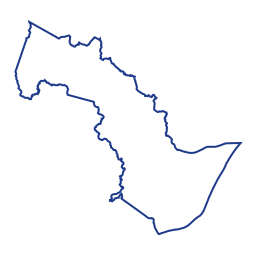 Ponta de Pedras, Pará, Brazil
{"feature_id": "56859067B9412259254898", "entity_name": "Ponta de Pedras", "entity_type": "district", "adm_level": 2, "iso_a3": "BRA", "parent_name": "Brazil", "parent_adm1": "Pará", "projection": "albers", "projection_center": [-49.151, -1.11], "detail": "fine", "context": "isolated", "style": "outline", "palette": "blue", "viewbox_px": 256, "rotation_deg": 0, "n_neighbors": 0, "source": "geoboundaries", "source_scale": "gbopen_adm2", "svg_char_len": 5691}
<svg xmlns="http://www.w3.org/2000/svg" viewBox="0 0 256 256"><path d="M184.3,227.6L187.6,225.8L190.0,223.9L195.4,218.8L197.7,217.1L200.1,215.6L201.9,213.6L203.8,210.4L207.7,200.8L208.8,197.8L213.1,188.3L217.8,179.1L223.6,169.5L225.4,165.9L226.0,164.1L230.0,157.4L233.1,152.6L236.6,147.8L240.6,143.0L227.0,143.3L224.8,143.6L220.5,145.3L217.0,146.4L215.0,146.8L207.6,146.8L205.9,147.3L201.9,149.5L197.0,151.8L194.0,152.8L189.6,152.9L183.5,151.5L178.7,149.8L177.7,150.1L176.6,149.2L175.1,147.3L174.5,145.0L173.7,144.0L172.3,143.5L171.5,142.0L171.7,140.4L172.0,139.6L170.7,137.8L167.9,135.7L166.6,136.0L165.9,135.2L166.2,134.5L166.2,133.8L165.7,133.0L166.7,131.7L166.8,128.4L167.1,127.3L166.2,125.8L166.1,124.5L166.7,124.0L166.9,123.1L165.8,122.3L165.6,121.5L165.0,120.6L165.3,119.4L164.7,118.9L164.6,118.1L165.2,117.6L165.5,116.2L166.3,115.8L166.3,114.7L166.9,113.9L166.3,112.4L165.3,112.4L164.6,111.8L163.5,111.2L162.8,111.4L162.1,111.1L161.5,111.5L160.1,111.6L159.3,111.4L158.0,112.1L156.4,111.3L154.3,109.7L154.1,109.0L154.3,107.6L154.2,106.6L154.5,105.9L154.7,103.2L153.5,100.9L153.9,100.2L154.5,99.8L154.8,98.8L155.8,98.6L156.4,98.0L155.6,97.5L155.4,96.8L154.3,95.8L153.9,94.9L153.2,94.9L152.5,95.3L151.7,97.1L149.5,96.3L149.2,95.6L148.5,95.2L147.8,95.6L147.3,96.3L146.6,96.0L145.0,95.9L145.0,95.0L144.5,94.5L143.8,94.1L143.1,94.0L140.6,92.6L139.9,91.9L139.1,91.6L138.3,91.0L136.6,89.3L136.9,86.5L136.5,85.7L136.1,83.8L135.5,82.2L135.4,81.1L134.7,79.5L134.3,77.8L134.8,76.6L133.2,76.3L132.1,75.4L131.2,76.0L130.3,76.0L130.2,75.2L128.5,75.5L126.7,75.1L125.9,75.1L125.7,74.3L124.2,74.1L124.5,73.3L123.7,73.0L123.7,72.2L123.4,71.6L121.9,71.2L121.1,71.5L120.5,70.8L119.7,70.5L119.7,69.7L118.2,68.8L116.9,67.4L116.2,67.3L115.3,66.2L114.9,65.5L114.3,65.1L113.5,63.7L112.7,63.8L111.9,63.3L110.7,60.2L110.1,59.6L110.3,58.7L110.2,58.0L109.1,58.2L108.4,58.9L107.5,58.9L106.7,58.6L105.1,58.6L104.2,58.8L103.5,59.2L103.2,59.9L102.6,59.5L101.6,59.4L101.1,58.6L100.4,58.2L101.1,56.9L100.6,55.3L101.5,53.7L101.1,52.7L100.5,52.2L100.1,49.9L101.5,47.3L101.5,46.4L100.9,45.8L101.0,44.8L101.5,44.0L101.2,43.1L101.3,42.3L101.0,41.6L100.5,41.0L100.1,39.1L99.6,40.1L98.7,39.3L95.5,37.8L94.8,37.3L94.0,37.7L93.7,38.4L90.4,41.8L90.2,42.6L89.1,43.6L89.0,44.5L87.5,45.1L87.0,45.7L86.2,45.7L85.4,45.1L84.0,44.5L83.3,44.6L82.6,44.4L79.9,43.2L79.1,42.5L78.5,43.4L78.9,44.0L78.7,44.7L77.0,44.9L76.3,45.2L75.0,46.6L74.3,46.7L73.5,46.3L72.9,45.6L71.2,45.2L70.2,43.7L69.7,42.6L69.6,40.6L70.0,39.6L70.0,37.7L70.3,36.9L69.1,35.5L65.7,36.4L65.0,36.8L62.8,36.8L60.7,37.2L59.0,38.6L29.3,21.9L29.5,22.6L30.0,23.4L30.8,24.0L30.5,25.5L30.8,26.5L30.7,27.5L30.1,28.3L28.9,30.7L30.0,31.8L30.2,32.5L29.3,34.9L29.0,36.0L29.0,37.0L28.1,37.6L27.4,37.6L26.4,38.2L26.2,39.1L26.5,39.8L25.8,41.3L15.4,71.8L16.0,73.0L16.3,74.3L15.7,75.1L15.8,76.4L16.5,77.1L16.3,78.8L16.6,79.7L17.6,81.3L17.3,82.1L17.5,82.8L18.2,84.1L18.3,84.9L19.0,86.3L18.5,88.4L19.6,89.3L20.1,90.0L20.8,90.4L21.2,91.1L21.4,92.0L21.2,93.0L20.3,94.2L20.4,95.3L22.0,96.4L22.8,96.3L23.6,96.8L24.1,97.3L24.8,97.7L27.5,97.8L28.4,98.0L29.5,99.2L30.2,98.9L31.0,99.1L31.5,97.6L31.6,96.3L32.4,96.0L32.1,95.3L32.6,94.8L34.0,94.6L34.7,94.7L35.2,93.9L36.1,93.8L37.5,94.1L37.5,93.3L38.4,93.1L38.8,92.3L39.2,91.0L38.2,91.1L38.3,90.4L38.8,89.4L37.4,89.0L37.5,88.3L38.0,87.6L38.0,86.8L37.5,86.1L38.4,84.7L39.6,83.5L39.0,83.1L40.5,81.3L41.3,80.8L42.1,80.9L42.7,81.2L44.2,80.7L44.7,80.1L45.1,80.7L45.8,81.0L45.9,81.7L46.4,82.3L47.1,82.8L47.8,82.5L48.4,83.1L49.1,83.4L49.7,84.1L51.1,84.5L51.5,85.3L52.2,85.3L52.7,84.7L54.3,84.7L54.9,85.1L56.4,85.2L58.0,85.1L58.6,84.4L59.5,84.6L60.2,84.4L61.0,84.5L62.5,85.2L63.4,85.3L64.2,85.0L65.0,85.3L67.1,86.6L68.0,89.4L67.2,92.1L67.2,93.2L67.7,94.8L93.3,101.7L94.0,102.2L94.1,104.0L94.5,105.7L96.4,107.0L98.0,107.2L98.4,107.9L98.8,109.6L98.4,111.1L98.5,111.9L98.1,112.6L98.1,113.3L98.8,113.9L100.9,114.5L102.6,115.4L103.7,116.7L103.2,118.1L102.6,118.5L102.3,119.2L101.6,118.9L101.4,120.6L100.9,121.1L100.8,121.8L101.0,122.6L100.5,123.2L100.3,124.0L99.2,123.9L98.2,124.2L97.7,125.0L96.4,125.7L95.9,127.1L95.0,127.4L94.8,128.1L94.7,129.0L94.8,129.7L96.2,130.8L96.4,131.5L98.8,133.0L99.3,133.5L99.2,134.4L98.6,134.8L98.3,136.3L98.6,138.0L99.6,139.2L101.0,139.5L101.6,140.0L102.6,140.0L103.3,139.3L104.7,138.7L105.6,138.9L106.4,139.2L108.0,141.1L108.8,141.6L109.5,141.8L110.4,143.3L110.1,144.3L110.4,145.1L111.0,145.7L111.0,147.3L111.7,147.9L112.3,148.2L113.4,149.8L114.2,150.1L115.1,149.9L116.3,151.5L116.6,152.4L116.6,153.3L117.6,154.9L117.3,156.4L117.9,156.8L118.3,158.6L118.6,159.4L119.5,159.5L121.4,158.6L121.8,159.3L121.6,160.2L121.1,160.8L121.8,161.6L123.4,162.5L123.5,163.5L123.4,164.3L122.6,164.6L122.2,165.2L121.7,166.9L123.0,168.6L123.7,168.6L124.4,168.3L124.8,169.0L124.4,170.0L123.2,171.5L123.0,172.2L123.0,173.0L122.7,173.6L122.7,174.5L122.1,175.4L121.3,176.0L120.3,175.9L119.9,176.5L120.6,177.1L120.9,178.0L120.3,178.7L120.7,179.4L121.4,179.1L121.8,179.6L121.5,180.3L120.7,180.7L120.7,183.6L120.0,184.1L119.7,184.8L120.5,185.6L121.1,186.6L121.9,187.1L122.4,186.7L123.2,187.4L123.2,188.3L122.4,188.6L121.1,190.0L119.8,192.3L118.0,192.9L117.3,193.5L116.4,193.9L113.3,194.3L112.3,194.8L111.6,195.3L111.3,196.4L111.9,198.7L111.4,199.3L110.0,199.8L109.9,200.8L111.1,200.9L112.1,201.3L112.8,200.9L114.2,199.6L114.6,198.7L115.3,198.3L116.0,198.3L116.6,197.9L117.7,197.8L118.6,197.8L118.8,197.0L119.9,195.3L121.5,193.8L122.0,195.1L121.9,195.9L122.1,196.6L122.1,197.3L121.4,197.9L121.6,198.7L146.1,216.3L146.5,216.9L148.5,218.0L151.0,218.5L151.6,218.0L153.1,218.8L153.6,219.4L153.7,221.9L153.5,222.8L154.0,223.4L154.9,227.6L157.7,232.8L158.8,234.1L168.6,230.9L175.0,229.6L178.3,229.3L184.3,227.6Z" fill="none" stroke="#1e3a8a" stroke-width="2"/></svg>